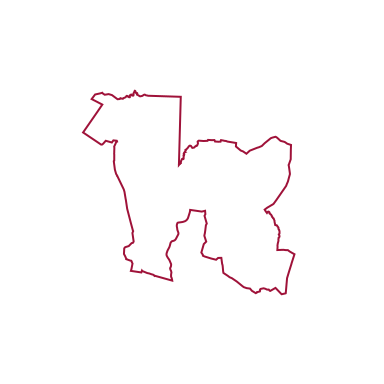 outline of Vecates pag., Burtnieku, Latvia, rotated 220°
{"feature_id": "27541924B99627900345565", "entity_name": "Vecates pag.", "entity_type": "district", "adm_level": 2, "iso_a3": "LVA", "parent_name": "Latvia", "parent_adm1": "Burtnieku", "projection": "albers", "projection_center": [25.143, 57.793], "detail": "fine", "context": "isolated", "style": "outline", "palette": "rose", "viewbox_px": 384, "rotation_deg": 220, "n_neighbors": 0, "source": "geoboundaries", "source_scale": "gbopen_adm2", "svg_char_len": 5925}
<svg xmlns="http://www.w3.org/2000/svg" viewBox="0 0 384 384"><g transform="rotate(220 192 192)"><path d="M55.1,174.7L62.6,185.4L63.8,187.1L66.5,193.4L69.5,200.6L69.9,201.4L73.5,210.2L75.5,209.8L79.0,209.2L81.2,209.1L82.9,207.7L84.9,206.4L89.3,202.4L91.2,205.0L92.1,205.9L93.2,207.7L94.4,210.2L95.6,211.5L95.8,212.2L96.2,212.5L96.2,213.2L96.2,213.9L96.6,214.4L96.9,214.7L98.2,215.2L98.3,215.3L98.2,216.2L98.4,216.6L99.5,217.9L99.6,218.0L100.3,218.6L100.9,218.8L101.1,219.1L102.1,219.3L102.8,220.2L104.0,220.6L104.4,220.5L104.9,220.8L105.5,221.0L105.9,220.9L106.3,220.5L107.1,220.2L107.5,220.6L109.6,222.2L110.4,223.1L111.3,223.5L112.4,224.2L113.0,224.0L113.8,224.4L114.6,224.4L115.1,224.9L115.7,224.9L116.7,225.5L117.8,225.4L118.4,225.6L118.7,225.4L118.9,225.4L119.1,225.8L119.3,226.0L119.6,226.2L120.3,226.3L120.7,226.2L121.0,226.0L121.1,225.8L121.2,225.4L121.1,224.1L123.2,224.6L125.0,225.2L124.3,228.3L121.9,235.2L122.0,236.7L122.2,239.8L123.8,257.2L124.5,259.1L125.0,260.9L125.4,262.0L127.1,265.6L128.4,268.5L129.0,269.2L132.2,272.1L134.9,274.5L135.3,274.7L135.3,274.9L137.4,280.5L143.6,288.1L146.4,291.7L150.1,290.2L152.6,290.0L153.7,289.7L156.8,288.2L157.4,288.1L161.7,288.3L163.2,288.1L163.5,288.0L163.8,287.6L165.4,285.3L166.2,283.9L167.7,276.1L168.1,272.1L169.5,269.3L170.5,267.8L174.3,260.8L174.9,256.3L179.0,255.9L181.3,255.1L187.6,255.1L189.7,257.9L197.3,253.4L198.6,253.0L200.3,251.9L200.8,251.7L203.1,250.4L202.5,248.9L204.2,247.4L206.8,245.5L207.9,246.1L208.2,246.2L210.1,244.5L213.2,242.2L213.0,241.2L215.9,238.5L219.8,235.7L220.1,234.6L220.0,234.1L219.3,233.6L219.1,233.5L218.7,233.1L218.4,232.5L218.3,231.9L217.9,230.9L218.0,230.7L218.4,230.3L218.3,230.0L218.4,229.9L218.6,229.7L218.6,229.4L218.8,229.2L218.9,227.5L219.5,226.7L220.1,226.0L222.4,226.6L223.4,226.2L223.8,225.0L223.6,223.4L223.7,221.3L224.1,220.0L223.9,219.8L223.6,219.8L223.6,219.5L223.4,219.1L223.4,218.9L223.3,218.6L223.3,218.2L223.3,217.9L223.2,217.8L222.9,217.9L223.2,217.2L223.2,216.8L223.0,216.6L222.8,216.0L222.7,215.9L222.4,216.0L222.1,215.8L222.1,215.7L222.4,215.5L222.0,215.2L222.0,214.8L221.9,214.5L221.6,214.5L221.6,214.3L221.5,214.1L220.9,213.6L220.8,213.2L220.7,213.0L220.5,212.5L220.3,211.9L220.2,211.9L220.1,212.0L220.0,212.3L219.8,212.1L219.8,211.8L219.8,211.6L220.8,210.9L220.5,209.6L220.4,209.0L220.2,208.6L220.1,208.3L219.8,208.1L219.7,207.8L219.7,207.7L219.9,207.7L220.0,207.6L219.9,207.3L219.5,207.3L219.2,207.0L219.1,206.9L219.4,206.4L219.7,206.2L219.9,205.9L219.8,205.7L219.7,205.6L219.7,205.4L219.4,205.3L219.5,205.1L219.5,204.8L219.4,204.8L219.4,204.3L261.8,257.7L287.5,237.5L288.4,237.1L289.4,236.5L289.7,236.4L290.6,236.3L290.8,236.2L291.1,235.9L291.4,235.3L291.8,233.8L292.0,233.5L293.0,232.2L293.3,231.9L293.6,231.8L295.7,231.5L296.7,231.2L296.9,231.3L297.0,231.4L297.1,232.1L297.3,232.4L297.5,232.5L297.9,232.4L298.5,231.9L298.8,231.9L299.2,232.3L300.0,232.6L300.4,232.9L300.6,232.9L300.9,232.8L300.9,232.6L300.5,231.4L300.2,229.9L300.0,229.6L299.6,229.4L299.5,229.2L299.2,228.6L298.9,228.3L298.9,228.2L299.2,227.8L299.4,227.7L300.2,227.3L300.6,227.4L301.0,227.7L301.3,227.5L301.4,226.9L301.5,226.6L301.7,226.3L301.7,226.0L301.4,225.4L300.8,225.1L300.6,224.9L300.6,224.6L301.0,224.2L302.0,223.9L302.4,223.9L302.9,224.1L303.5,223.9L303.8,223.7L303.9,223.1L303.8,222.5L303.8,221.9L304.4,220.6L304.9,219.8L304.8,219.2L305.0,218.9L306.0,218.3L307.2,217.8L307.2,217.7L307.1,216.8L308.7,215.2L315.6,214.8L318.8,213.4L320.5,211.4L321.4,210.4L324.2,210.1L324.5,210.3L324.8,209.9L325.1,209.5L325.6,208.7L328.9,204.4L328.6,198.7L316.9,201.3L316.0,192.4L313.7,167.6L292.1,169.9L291.3,170.7L291.1,172.0L291.0,175.8L285.2,178.4L285.4,181.0L282.6,182.9L282.0,182.7L281.8,182.5L282.0,182.3L282.1,181.7L282.1,181.3L281.9,180.6L281.6,179.8L281.1,177.8L280.7,176.6L280.0,176.1L277.5,172.9L276.9,172.2L276.1,171.1L275.6,170.7L271.7,166.0L271.7,165.8L271.8,165.5L271.7,165.3L265.5,159.6L261.8,157.1L260.1,156.5L259.7,156.2L259.6,156.3L259.4,156.2L245.9,150.1L243.8,148.7L238.1,143.8L237.9,143.7L230.9,137.5L218.7,128.8L212.4,124.4L212.0,124.3L211.9,124.2L211.3,122.3L204.9,116.6L204.8,116.4L204.6,115.1L205.4,114.0L205.7,109.9L207.7,106.8L207.7,105.5L207.7,105.3L204.3,100.8L201.8,99.8L199.7,98.7L199.4,98.7L199.2,98.3L195.4,99.7L194.3,100.3L194.0,100.2L193.0,99.7L192.9,99.5L191.6,99.0L188.9,94.1L188.3,92.8L188.1,92.3L179.1,97.8L179.8,99.6L179.4,99.5L179.0,99.6L174.3,101.1L173.5,101.5L172.4,102.1L170.0,103.0L168.8,103.6L167.8,103.8L166.8,103.6L166.7,103.9L150.2,111.4L151.1,112.2L152.4,113.1L153.3,113.5L153.9,114.0L155.0,115.4L156.1,117.2L157.5,118.2L158.4,118.5L159.0,118.9L159.5,119.3L159.8,119.6L160.2,121.1L160.5,121.8L161.2,122.8L161.6,123.3L165.3,125.2L166.7,125.7L168.3,126.1L170.3,126.9L170.8,127.2L171.6,128.0L171.9,128.5L172.3,129.3L172.7,130.4L173.1,131.4L173.9,135.2L174.5,136.7L175.7,139.2L175.8,139.7L175.8,140.4L175.8,140.8L175.8,141.1L175.5,141.7L174.6,143.0L174.2,144.0L174.1,144.9L174.2,145.8L175.2,150.3L175.3,150.8L175.8,151.6L176.1,151.9L176.5,152.2L178.9,153.6L180.4,155.0L181.3,155.7L182.0,156.4L182.5,157.1L183.0,158.2L183.2,158.8L183.2,159.1L183.0,159.6L180.7,162.1L179.7,163.3L178.6,165.1L178.3,166.0L178.1,167.1L178.1,167.9L178.2,169.0L178.5,169.9L180.5,174.7L181.1,175.9L181.9,177.1L171.9,183.3L169.9,186.0L167.5,183.6L167.1,181.8L160.4,177.3L160.0,175.5L157.2,171.2L155.6,168.6L155.0,167.4L154.4,166.4L149.2,163.1L149.5,159.7L145.9,151.6L143.4,150.9L142.7,150.2L140.9,150.7L134.5,153.4L130.0,155.6L129.6,158.3L127.2,160.4L122.7,156.3L121.7,155.7L120.6,154.7L117.1,151.2L115.9,150.2L110.5,150.8L108.4,150.9L106.1,151.6L100.2,152.2L93.0,152.3L91.2,152.4L88.3,153.5L85.5,155.3L82.5,154.8L81.4,155.0L78.1,155.5L77.6,156.9L77.8,157.1L76.1,159.4L76.3,160.0L77.2,161.1L77.2,161.3L77.1,161.9L75.3,164.2L74.5,164.6L73.6,165.0L71.7,165.5L70.5,166.6L69.4,166.4L69.1,166.3L68.5,166.5L68.3,167.0L66.4,172.2L57.9,171.3L57.6,171.3L55.1,174.6L55.1,174.7Z" fill="none" stroke="#9f1239" stroke-width="2"/></g></svg>